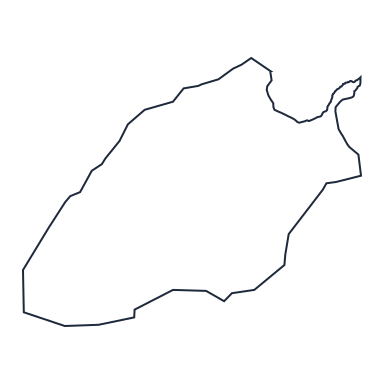 the district of Ugtaalcaidam, Töv, Mongolia
{"feature_id": "93677404B35581268375845", "entity_name": "Ugtaalcaidam", "entity_type": "district", "adm_level": 2, "iso_a3": "MNG", "parent_name": "Mongolia", "parent_adm1": "Töv", "projection": "natural_earth1", "projection_center": [105.657, 48.203], "detail": "fine", "context": "isolated", "style": "outline", "palette": "slate", "viewbox_px": 384, "rotation_deg": 0, "n_neighbors": 0, "source": "geoboundaries", "source_scale": "gbopen_adm2", "svg_char_len": 2761}
<svg xmlns="http://www.w3.org/2000/svg" viewBox="0 0 384 384"><path d="M358.4,154.6L349.3,147.0L347.4,144.4L345.3,140.7L344.5,139.2L342.8,136.0L341.4,134.0L340.9,133.0L340.3,132.1L339.8,131.2L339.2,130.2L338.6,129.1L335.4,111.5L335.6,107.2L340.0,101.9L341.9,100.2L343.0,99.5L349.5,98.1L352.1,97.3L353.4,96.4L353.9,95.4L354.3,93.1L354.3,91.2L354.9,91.0L355.3,90.6L355.9,89.8L356.9,88.6L357.4,87.8L357.6,86.9L358.1,86.5L359.1,86.0L359.9,85.4L360.4,83.1L360.5,77.3L359.4,78.4L358.7,78.9L358.0,79.4L357.2,80.1L356.8,80.2L356.3,80.3L355.8,80.5L355.4,80.9L355.2,81.3L354.6,81.8L354.0,82.1L353.5,82.2L352.9,82.0L352.3,81.8L352.0,81.4L351.5,81.1L350.9,81.0L350.5,81.0L350.1,81.1L349.9,81.4L349.5,81.6L349.1,81.7L348.9,81.9L348.7,82.2L348.4,82.2L348.2,82.0L347.8,82.1L347.4,82.4L346.8,82.6L346.0,82.7L345.6,82.7L345.1,83.1L345.0,83.6L344.4,83.7L344.1,83.8L343.7,83.8L343.3,84.0L343.2,84.0L343.2,84.3L343.2,84.5L342.8,84.9L342.7,85.0L342.4,85.4L342.2,85.6L342.1,85.8L341.7,86.3L341.5,86.5L341.2,86.5L340.8,86.7L340.5,86.7L340.2,86.8L339.7,87.6L339.5,88.0L338.8,88.5L338.7,88.6L337.8,89.0L337.4,89.1L337.2,89.3L336.9,89.5L336.7,89.8L336.5,90.1L335.8,90.6L335.5,91.1L335.0,91.3L334.9,91.5L334.9,91.8L334.7,92.1L334.4,92.4L334.3,92.7L333.9,93.2L333.4,93.7L333.0,93.9L333.0,94.1L333.0,94.5L332.8,94.8L332.7,94.9L332.4,95.2L332.2,96.0L332.2,96.3L332.3,96.6L332.4,97.1L332.2,97.7L331.9,98.1L331.7,98.8L331.4,99.6L331.3,100.0L331.0,100.8L330.8,101.4L330.8,101.6L330.7,101.6L330.1,102.6L329.3,103.7L328.9,104.3L328.8,104.5L328.6,105.2L328.3,105.5L328.2,105.7L327.9,105.9L327.8,106.1L327.6,106.3L327.5,106.6L327.3,108.6L327.1,109.9L326.7,110.5L325.9,111.2L324.9,111.5L324.1,111.8L323.6,112.0L323.2,112.3L322.7,113.1L321.4,115.7L320.4,116.5L319.0,116.8L317.8,117.0L316.5,117.6L315.3,118.3L314.1,118.8L312.8,119.5L311.2,120.1L309.8,120.8L308.6,121.0L307.1,120.3L305.8,120.8L305.0,121.2L303.5,121.6L301.8,122.0L299.3,122.7L298.4,122.4L297.9,122.3L296.9,121.6L296.7,121.3L296.4,121.1L295.7,120.4L294.2,119.3L292.3,118.2L292.0,118.0L290.5,117.3L288.9,116.6L286.1,115.2L284.6,114.4L283.0,113.7L282.9,113.6L282.7,113.5L280.3,112.4L278.1,111.5L276.0,110.5L274.6,109.9L274.2,109.2L273.4,106.9L273.3,104.4L273.3,103.5L273.3,103.3L270.8,99.6L268.4,95.4L266.7,89.8L267.3,86.2L271.6,80.4L270.2,71.0L270.3,71.0L251.2,58.0L241.5,64.7L233.0,68.7L218.5,79.3L201.7,84.3L198.3,85.9L183.6,88.4L173.0,101.7L144.7,109.8L127.9,124.3L119.5,141.0L105.5,158.3L101.8,164.2L91.8,170.7L80.1,192.1L70.3,196.1L65.2,202.1L48.9,227.4L23.0,270.0L23.8,312.3L64.8,326.0L98.5,324.8L134.2,317.4L134.6,309.6L173.0,289.9L206.1,290.9L224.1,301.2L231.9,293.2L254.3,289.9L284.4,265.0L285.3,254.6L288.7,234.1L322.8,189.7L326.4,183.3L335.9,182.0L361.0,175.7L358.4,154.6Z" fill="none" stroke="#1e293b" stroke-width="2"/></svg>